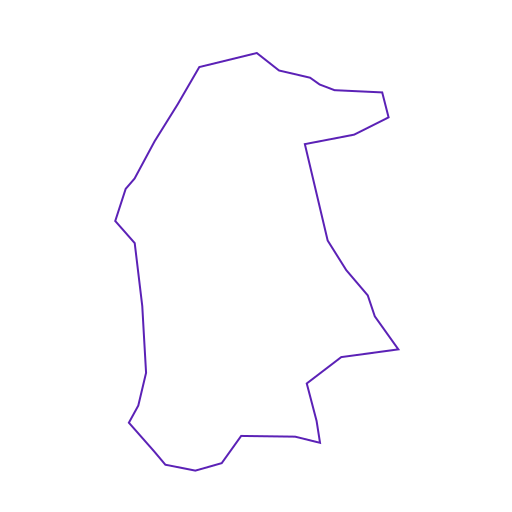 Adaacag, Dundgovi, Mongolia, rotated 349°
{"feature_id": "93677404B36872598386240", "entity_name": "Adaacag", "entity_type": "district", "adm_level": 2, "iso_a3": "MNG", "parent_name": "Mongolia", "parent_adm1": "Dundgovi", "projection": "natural_earth1", "projection_center": [105.738, 46.338], "detail": "fine", "context": "isolated", "style": "outline", "palette": "violet", "viewbox_px": 512, "rotation_deg": 349, "n_neighbors": 0, "source": "geoboundaries", "source_scale": "gbopen_adm2", "svg_char_len": 603}
<svg xmlns="http://www.w3.org/2000/svg" viewBox="0 0 512 512"><g transform="rotate(349 256 256)"><path d="M412.6,145.2L411.1,119.5L364.7,108.2L351.2,99.8L343.1,91.3L314.0,78.3L295.5,56.9L236.4,59.7L208.1,92.1L178.4,124.0L151.6,156.8L140.9,165.2L124.5,194.8L139.4,220.2L134.8,283.5L131.3,309.1L125.8,349.7L111.9,380.4L99.4,395.4L118.7,428.3L127.2,443.6L155.5,455.1L182.8,452.8L207.1,429.8L259.9,440.8L283.2,451.6L284.0,429.5L281.5,390.8L320.4,371.5L377.9,374.8L361.1,337.9L358.2,316.0L341.9,287.1L329.3,254.5L325.3,155.5L375.5,155.6L412.6,145.2Z" fill="none" stroke="#5b21b6" stroke-width="2"/></g></svg>